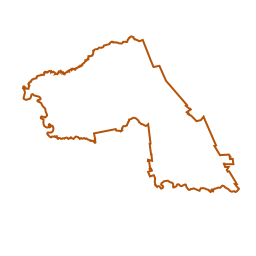 the district of El Mante, Tamaulipas, Mexico, rotated 166°
{"feature_id": "50627088B42847090379664", "entity_name": "El Mante", "entity_type": "district", "adm_level": 2, "iso_a3": "MEX", "parent_name": "Mexico", "parent_adm1": "Tamaulipas", "projection": "natural_earth1", "projection_center": [-98.766, 22.608], "detail": "fine", "context": "isolated", "style": "outline", "palette": "amber", "viewbox_px": 256, "rotation_deg": 166, "n_neighbors": 0, "source": "geoboundaries", "source_scale": "gbopen_adm2", "svg_char_len": 5905}
<svg xmlns="http://www.w3.org/2000/svg" viewBox="0 0 256 256"><g transform="rotate(166 128 128)"><path d="M166.9,198.5L167.2,198.8L168.0,198.3L167.8,199.0L168.6,199.1L169.0,198.6L170.1,198.2L170.4,198.3L170.8,197.9L171.4,198.0L171.5,197.2L172.0,197.7L172.8,197.2L173.0,197.4L173.2,197.0L173.8,197.1L174.3,196.8L174.8,196.9L175.8,196.5L176.5,195.4L177.1,195.7L176.8,196.2L177.0,196.5L177.2,196.2L177.4,196.4L177.4,196.9L178.2,196.9L178.0,197.2L178.3,197.5L178.1,197.9L178.7,197.9L179.0,199.1L179.5,199.3L179.9,198.9L179.8,199.7L180.5,199.5L181.4,199.7L181.8,199.2L181.7,198.9L182.3,198.7L182.8,197.8L183.6,197.3L184.0,197.9L185.3,197.9L184.9,198.2L185.2,198.6L185.5,198.5L185.9,199.8L186.6,200.2L186.8,200.6L188.0,200.4L188.6,201.5L189.2,200.9L189.2,201.5L189.6,201.6L189.9,202.1L190.1,202.0L190.0,201.7L190.2,202.2L190.6,202.4L192.5,201.4L192.7,201.8L193.2,201.7L193.9,202.3L194.1,202.3L194.2,201.8L194.5,201.9L194.6,202.4L195.0,202.6L196.0,202.0L196.0,201.0L196.8,199.9L197.3,200.3L198.4,200.2L199.1,200.6L199.2,200.4L200.2,200.3L203.4,200.4L203.8,200.0L203.7,199.8L204.4,199.4L204.8,198.4L208.0,198.5L208.5,198.1L209.5,198.1L210.3,197.4L210.8,196.5L211.5,196.7L212.4,195.8L213.0,195.9L213.6,194.9L214.1,194.7L213.9,193.7L213.3,193.1L213.7,192.5L214.2,192.2L215.0,190.2L215.6,190.2L217.5,191.1L218.6,190.9L218.7,191.6L218.3,191.8L217.8,191.6L217.8,192.1L218.2,192.5L218.8,192.2L219.0,192.6L218.9,193.5L219.4,193.6L220.3,192.0L219.6,191.2L219.3,187.9L219.6,186.9L222.1,182.3L221.9,181.4L220.2,180.0L216.2,180.1L215.6,180.5L214.6,181.7L213.6,183.7L212.6,184.0L211.9,183.5L211.5,182.5L206.5,179.7L205.7,178.0L205.9,177.2L206.2,176.9L208.8,176.8L209.2,176.5L209.3,175.9L206.2,173.2L205.9,171.3L205.2,169.3L203.7,166.9L203.9,163.4L203.3,160.4L203.6,159.6L205.6,158.3L209.2,160.2L209.9,159.7L210.2,158.8L210.1,158.4L207.9,156.8L209.0,152.8L208.8,150.4L208.3,149.6L206.4,148.0L205.1,148.0L204.1,148.5L204.0,149.3L204.2,150.0L203.7,150.7L203.3,150.8L202.7,149.9L203.4,148.5L203.5,147.7L203.0,147.8L202.4,148.6L201.4,148.8L200.7,148.2L200.4,146.1L200.7,144.7L202.1,142.7L203.7,142.2L206.8,143.0L207.5,142.6L207.7,142.0L207.6,141.2L206.0,138.5L204.9,137.5L203.4,138.1L202.0,137.4L200.9,137.7L200.4,137.3L200.8,137.0L200.6,136.8L199.1,137.2L199.1,136.9L199.5,136.1L199.0,135.5L198.9,134.7L198.5,134.4L197.7,135.1L196.1,134.4L195.8,133.8L194.9,133.5L193.5,133.8L192.3,133.1L192.0,133.5L190.0,133.6L189.4,133.3L188.6,131.9L187.5,132.3L186.8,131.9L185.7,132.7L185.4,132.0L183.5,130.6L181.5,131.9L180.5,132.3L178.6,131.2L178.1,130.1L177.7,130.0L177.4,129.1L176.1,129.6L175.8,129.1L174.3,128.5L173.7,128.9L173.1,128.9L171.9,127.8L171.3,128.0L170.7,127.8L170.4,127.0L169.1,126.2L167.6,124.8L167.4,125.0L167.0,124.5L166.4,124.5L166.0,124.1L165.0,124.1L164.2,123.3L164.5,122.9L163.6,121.6L163.1,121.8L162.8,125.0L162.6,125.0L162.3,131.0L140.2,129.9L139.9,128.3L136.2,127.0L135.8,126.4L134.2,127.1L134.5,127.5L134.3,128.1L134.0,128.5L134.0,128.8L133.7,128.9L133.8,129.3L132.4,130.7L131.6,130.9L130.4,130.4L128.3,130.8L128.1,131.6L127.5,132.1L127.0,132.9L126.7,133.0L126.3,133.9L125.5,134.3L124.9,135.9L122.8,135.9L120.8,136.7L119.0,136.2L117.9,135.3L116.1,132.7L115.9,130.9L115.5,130.8L114.0,128.4L113.1,128.2L110.3,125.7L109.6,125.7L107.5,126.8L109.9,107.4L110.8,107.4L112.0,97.1L112.0,96.7L111.6,96.7L112.6,90.3L116.2,92.4L116.7,91.1L115.5,90.9L116.4,83.4L116.9,83.2L116.7,82.1L115.4,82.7L115.1,80.9L119.1,80.6L118.4,75.7L114.4,76.0L113.9,72.5L115.1,69.2L115.0,68.0L115.4,66.9L115.0,66.3L115.3,65.9L115.2,65.4L114.5,65.0L114.0,63.8L113.4,64.3L111.6,63.8L110.5,61.2L109.9,61.1L108.7,61.6L108.1,62.6L108.1,63.1L109.4,64.8L109.5,65.4L108.8,66.3L105.8,67.6L102.8,67.4L101.9,67.0L100.2,65.1L99.0,64.6L97.9,63.4L97.8,62.2L98.5,60.1L98.4,59.4L97.8,59.2L95.3,59.7L94.0,61.2L93.3,61.4L92.1,60.7L91.3,59.2L90.0,58.6L87.2,59.3L85.9,59.3L85.6,59.0L85.6,57.2L85.1,55.5L84.4,53.9L83.6,53.1L82.9,53.1L81.8,53.6L80.4,53.3L79.0,53.6L73.8,49.8L72.0,51.9L69.1,51.3L67.9,50.6L66.3,49.2L64.8,48.6L64.3,47.1L63.3,45.9L62.4,46.2L62.4,47.4L61.7,48.1L61.3,48.0L61.1,47.7L61.1,46.5L60.7,46.1L59.7,47.8L58.4,48.2L57.6,48.0L55.0,48.3L52.8,47.7L51.0,49.0L50.2,49.2L48.8,48.3L48.1,46.9L45.4,44.3L44.2,42.2L42.8,41.1L40.2,41.0L39.2,39.9L38.8,39.9L37.3,40.5L35.1,42.1L35.2,42.6L35.5,42.7L37.0,45.8L37.8,47.7L36.0,47.3L40.0,60.4L40.5,61.6L41.8,61.5L42.3,63.3L39.8,65.8L43.2,66.7L43.6,70.2L42.9,70.1L42.8,69.4L34.5,67.4L33.9,72.7L36.5,73.1L36.3,75.6L35.7,75.5L36.5,77.8L45.3,79.4L48.5,89.7L46.8,89.8L51.5,117.6L51.9,120.7L55.5,118.0L59.9,118.1L63.4,124.2L64.2,125.2L64.8,125.3L65.6,126.2L65.4,126.2L65.4,126.7L65.9,126.6L66.4,127.2L65.9,127.5L66.6,128.4L66.4,128.5L67.1,129.2L62.6,130.8L62.9,131.4L63.2,131.2L66.5,135.5L65.2,135.9L79.7,164.6L82.5,180.7L88.5,181.0L89.5,187.7L92.4,209.9L96.1,209.4L97.3,210.7L98.9,211.7L99.2,212.3L99.7,212.5L100.1,212.4L100.8,213.6L100.6,214.1L100.7,214.7L101.2,214.8L101.4,215.4L102.7,216.1L104.1,215.7L104.9,214.9L105.5,215.0L106.4,213.8L106.9,213.7L107.9,211.8L108.8,211.8L109.8,212.4L110.1,212.3L111.8,212.8L112.7,211.9L113.7,211.5L116.2,212.3L117.0,213.2L118.3,213.5L118.9,214.1L120.0,214.1L120.5,214.3L121.1,214.8L121.6,214.6L122.2,214.9L122.3,215.5L122.8,215.7L124.8,215.0L125.8,213.9L131.5,213.8L132.3,212.7L133.1,212.3L133.7,212.5L134.7,212.3L136.2,212.9L136.9,212.9L138.2,212.0L141.1,212.2L141.8,212.0L142.3,211.4L142.4,211.6L143.2,211.3L143.7,208.6L144.9,207.1L145.2,207.4L146.1,206.8L147.6,206.8L148.3,207.2L148.5,206.8L149.1,207.0L149.2,206.2L149.8,205.6L149.8,204.5L150.5,204.6L150.6,204.0L152.1,204.0L152.2,203.4L152.6,203.3L153.0,203.7L153.1,203.3L153.3,203.3L154.4,202.0L156.0,201.4L156.8,200.8L157.0,200.4L157.5,200.6L157.8,200.4L158.1,199.6L158.5,199.8L158.8,199.5L159.3,199.8L159.4,199.4L160.1,199.0L160.6,199.5L161.2,199.5L162.1,198.7L163.3,198.6L163.8,198.3L164.3,198.5L164.9,198.0L164.6,197.8L165.1,197.3L165.8,197.7L166.0,198.4L166.9,198.5Z" fill="none" stroke="#b45309" stroke-width="2"/></g></svg>